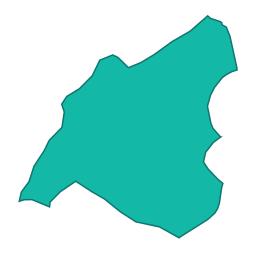 Pyongsong City, P'yŏngan-namdo, North Korea (Robinson projection), rotated 269°
{"feature_id": "82179303B57975227411207", "entity_name": "Pyongsong City", "entity_type": "district", "adm_level": 2, "iso_a3": "PRK", "parent_name": "North Korea", "parent_adm1": "P'yŏngan-namdo", "projection": "robinson", "projection_center": [125.901, 39.318], "detail": "fine", "context": "isolated", "style": "filled", "palette": "teal", "viewbox_px": 256, "rotation_deg": 269, "n_neighbors": 0, "source": "geoboundaries", "source_scale": "gbopen_adm2", "svg_char_len": 929}
<svg xmlns="http://www.w3.org/2000/svg" viewBox="0 0 256 256"><g transform="rotate(269 128 128)"><path d="M238.7,209.6L223.8,191.9L213.7,173.7L201.0,155.5L193.4,142.5L188.3,129.5L198.7,119.2L201.3,114.0L197.0,102.9L196.3,101.0L180.9,93.2L168.2,80.2L160.6,67.3L152.9,62.1L145.2,64.6L129.8,62.0L117.0,49.0L106.8,43.8L91.5,33.4L76.1,28.1L65.9,20.3L56.6,18.0L58.1,22.9L58.1,30.7L50.5,48.2L55.3,48.8L65.5,59.2L75.7,74.8L65.2,90.3L57.4,103.3L44.4,118.8L34.0,134.3L28.6,157.7L17.3,177.2L18.3,178.4L35.2,206.2L41.5,213.4L45.7,216.1L51.0,218.0L66.8,220.6L71.0,221.9L74.5,217.6L78.1,214.2L85.4,207.5L92.7,202.9L102.4,205.2L112.1,213.1L117.4,220.5L117.4,220.4L126.2,212.9L131.0,211.0L148.4,207.8L159.1,211.0L166.8,215.0L176.7,223.1L179.7,227.3L182.6,233.0L184.1,238.0L185.7,238.0L186.3,237.9L217.7,231.6L227.1,228.1L229.6,223.7L231.7,223.6L232.8,222.0L236.1,212.6L238.7,209.6Z" fill="#14b8a6" stroke="#0f766e" stroke-width="1.5"/></g></svg>